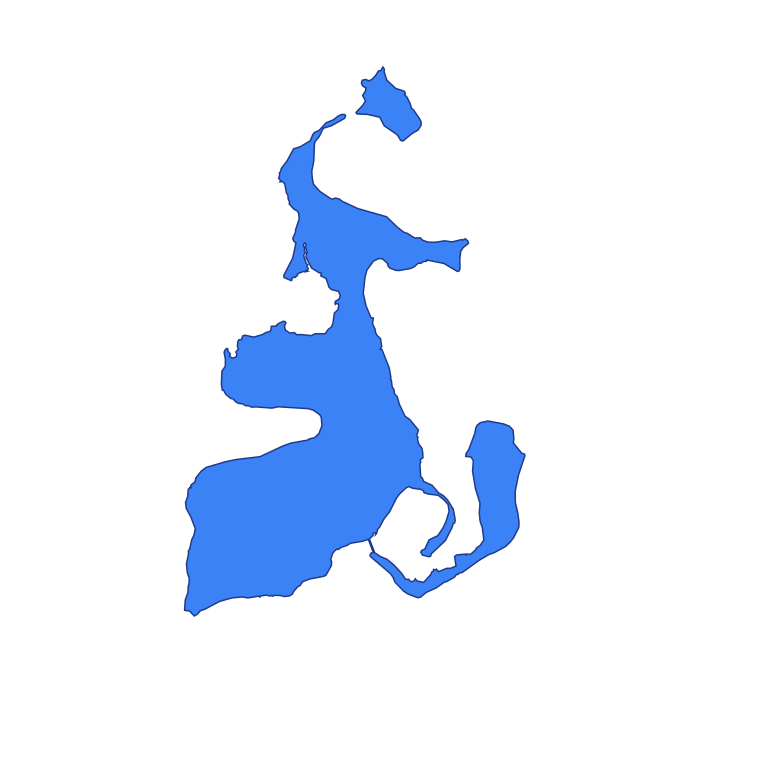 outline of Pangaimotu, Vava'u, Tonga, rotated 204°
{"feature_id": "48082658B58897341989636", "entity_name": "Pangaimotu", "entity_type": "district", "adm_level": 2, "iso_a3": "TON", "parent_name": "Tonga", "parent_adm1": "Vava'u", "projection": "albers", "projection_center": [-174.001, -18.686], "detail": "fine", "context": "isolated", "style": "filled", "palette": "blue", "viewbox_px": 768, "rotation_deg": 204, "n_neighbors": 0, "source": "geoboundaries", "source_scale": "gbopen_adm2", "svg_char_len": 6168}
<svg xmlns="http://www.w3.org/2000/svg" viewBox="0 0 768 768"><g transform="rotate(204 384 384)"><path d="M271.2,350.3L267.6,340.3L258.0,325.8L247.7,313.9L244.6,305.1L240.3,297.6L235.7,292.7L229.3,282.0L230.5,275.7L233.0,271.6L232.7,270.0L235.3,264.3L236.5,263.1L239.5,262.3L239.6,261.1L241.1,261.4L248.2,257.3L249.4,255.2L244.2,247.0L248.1,242.8L251.9,241.0L257.8,234.7L260.8,236.2L261.8,234.9L263.3,234.8L262.8,233.3L263.9,231.6L263.7,229.1L267.1,218.9L274.0,217.5L276.1,218.8L276.6,216.4L278.1,214.6L280.2,214.6L281.9,215.7L284.7,214.3L290.3,217.9L301.4,222.7L310.0,225.1L316.9,224.9L323.9,226.1L334.4,236.6L332.4,241.0L333.2,242.6L332.1,244.5L331.0,244.4L330.5,242.8L330.0,244.4L330.7,248.8L329.8,251.2L329.2,260.3L326.9,269.7L326.2,284.8L325.1,289.7L321.6,298.0L319.5,300.5L315.7,300.4L306.9,302.8L304.3,302.3L303.3,301.0L298.7,301.5L289.3,304.4L281.4,302.3L276.5,300.0L272.7,294.1L271.4,283.3L271.6,276.0L273.2,267.3L279.4,260.0L279.6,249.7L281.9,247.3L282.0,245.3L279.3,243.4L272.6,244.5L271.4,245.7L271.7,248.1L264.2,266.0L263.5,280.5L264.0,285.0L263.0,285.7L263.3,288.0L265.3,291.3L269.9,297.9L278.9,304.0L284.4,306.1L289.9,306.8L298.9,311.0L308.0,311.1L311.0,313.8L312.7,314.1L318.5,325.2L318.7,327.6L320.1,329.7L318.4,332.4L320.8,337.2L323.2,340.7L328.1,343.5L330.9,347.0L331.2,349.1L333.1,349.8L333.8,355.9L345.9,362.0L351.7,363.1L361.9,371.9L366.5,377.6L370.3,379.3L373.0,383.3L375.3,384.6L379.0,390.7L380.4,391.6L380.4,392.9L385.7,400.7L399.8,414.6L401.7,414.2L401.2,417.0L405.6,424.0L409.8,425.4L412.6,427.5L414.3,430.3L419.0,434.4L420.6,439.9L422.9,439.3L432.1,448.0L439.9,458.5L444.7,473.6L446.0,481.1L443.6,492.0L439.8,496.5L436.3,497.7L429.2,495.4L428.9,493.9L426.0,492.3L419.7,492.6L416.5,493.7L406.9,500.2L404.1,503.3L401.9,508.2L399.4,509.3L397.9,511.8L395.1,513.5L395.3,514.7L378.3,518.5L362.6,516.7L361.4,517.8L361.4,520.0L365.8,529.6L367.9,536.5L367.1,541.0L364.0,546.8L365.5,548.7L368.7,549.8L370.8,547.4L372.0,547.4L379.6,541.5L387.0,539.4L394.3,534.6L401.2,531.6L407.1,531.0L410.3,532.3L415.6,529.8L423.8,531.1L427.7,530.7L435.7,532.7L449.6,537.8L479.4,533.6L496.6,533.9L500.2,534.8L504.0,534.1L506.2,531.9L508.7,531.7L521.1,533.9L529.8,537.9L533.5,543.3L536.5,548.9L538.9,559.3L545.2,575.0L545.5,577.5L543.8,584.0L543.5,592.9L537.0,598.6L528.0,610.7L528.2,613.5L529.7,614.2L532.6,612.8L535.0,609.9L537.4,605.1L543.2,599.0L546.4,589.3L549.6,585.8L550.5,583.1L550.3,576.3L556.9,566.8L562.2,562.2L563.3,548.7L565.5,539.0L564.8,536.1L565.4,534.6L564.1,531.5L564.0,529.1L560.8,527.6L561.2,526.5L558.8,527.7L556.1,526.5L550.9,518.9L548.8,517.6L546.3,513.4L544.5,512.3L543.8,509.9L537.5,507.1L533.5,506.8L531.4,505.2L528.6,500.3L527.5,489.1L526.6,486.4L526.6,479.8L524.6,477.9L521.8,477.0L518.6,461.9L519.7,442.3L518.6,440.6L510.7,440.7L510.4,441.7L511.3,442.8L509.8,445.0L508.7,445.0L507.2,448.1L507.9,449.5L503.3,454.1L501.7,454.3L499.5,456.1L501.3,456.0L500.3,457.1L500.2,458.7L502.3,459.9L502.0,461.8L504.3,462.7L509.3,468.3L509.8,469.4L509.2,472.2L511.2,473.6L511.5,475.7L514.0,477.8L514.2,479.9L513.5,480.8L511.6,479.3L511.7,477.2L508.0,473.5L507.1,468.8L506.1,467.4L497.3,460.5L488.6,459.2L486.2,459.9L485.8,457.1L479.8,456.8L473.5,450.0L470.5,448.9L463.1,450.1L459.8,446.8L459.6,443.1L462.0,439.9L461.8,438.2L460.9,437.0L460.4,438.1L458.4,438.5L457.5,437.7L456.2,433.2L458.2,428.7L455.3,418.7L455.3,414.6L457.3,410.9L458.2,406.0L467.4,401.9L470.0,398.7L480.3,395.3L483.6,393.5L486.8,394.5L490.8,392.2L496.0,393.2L498.5,396.4L498.5,400.0L500.0,400.8L501.5,400.3L504.5,397.0L506.0,394.4L505.8,393.2L510.4,390.9L509.2,387.0L510.5,384.5L512.1,383.8L515.5,379.4L522.0,373.9L530.9,372.0L532.7,370.3L532.1,366.7L534.6,365.4L534.8,363.3L533.2,358.7L531.2,356.4L532.4,353.0L530.3,351.0L530.2,348.5L532.9,346.0L536.1,346.2L536.6,348.8L540.3,350.9L540.9,352.5L542.3,352.4L543.0,350.5L543.0,348.0L538.9,342.0L536.2,335.6L537.3,329.8L532.4,317.5L529.2,312.6L528.2,313.1L524.1,310.1L518.0,308.5L515.7,309.0L511.9,307.3L508.9,307.2L505.0,308.4L501.3,307.9L499.0,309.1L495.5,309.0L491.9,310.9L476.6,316.4L471.3,320.2L442.8,330.8L437.9,331.3L430.2,329.8L427.8,328.0L423.7,320.7L423.3,312.2L425.6,306.8L429.7,303.6L431.2,301.5L444.7,292.4L451.2,286.2L467.8,267.1L488.5,254.8L497.7,248.1L512.5,235.5L515.6,229.9L517.6,221.8L516.9,217.6L519.1,213.6L519.1,211.9L518.0,210.7L519.4,210.2L520.0,208.2L517.5,201.1L517.2,195.2L514.1,190.0L506.2,183.8L497.6,175.2L496.1,168.5L496.3,163.5L494.5,154.9L494.7,151.5L493.5,149.4L491.3,139.3L486.9,131.6L483.0,127.4L481.2,123.2L480.5,119.4L478.3,113.8L477.7,105.8L474.1,96.1L469.3,97.5L462.9,94.9L460.8,97.9L459.6,102.0L455.8,105.7L446.0,118.3L436.0,126.7L427.1,131.7L421.4,133.2L411.8,139.4L410.7,138.8L410.2,140.4L405.8,143.2L402.6,143.7L400.9,145.0L399.7,144.7L398.1,146.4L392.8,148.6L388.4,149.4L383.9,152.2L382.2,155.0L382.1,157.9L380.2,164.1L378.8,165.6L377.9,170.3L372.6,175.6L360.9,183.7L359.3,185.6L358.2,196.8L359.8,200.7L361.3,202.0L362.0,208.5L361.1,211.7L359.4,214.6L358.2,214.4L356.7,217.4L352.3,221.3L349.8,224.9L339.8,231.5L335.1,235.7L325.2,225.7L326.6,224.9L327.2,222.9L326.9,221.3L325.4,220.6L300.7,213.3L296.8,210.8L293.4,207.5L281.6,202.7L277.1,201.9L266.1,202.5L263.8,204.3L260.7,210.7L253.0,219.5L248.3,227.6L246.6,228.8L241.1,236.1L240.3,239.6L238.9,240.1L238.3,242.0L235.9,243.6L225.4,261.6L218.7,271.0L214.8,274.6L206.8,285.1L204.4,290.9L203.1,296.1L202.5,307.7L204.3,312.4L209.1,320.3L215.9,329.3L220.5,339.4L224.1,355.5L226.1,375.8L227.1,377.1L230.1,376.8L241.9,382.8L243.1,386.8L247.3,394.3L252.2,396.4L258.3,396.2L273.9,392.5L280.2,387.9L282.2,384.2L282.2,380.8L281.0,376.3L279.9,358.7L280.7,353.8L279.9,351.1L274.8,352.7L271.2,350.3ZM518.7,619.7L508.7,623.6L496.3,626.0L488.7,619.9L475.8,617.6L472.6,616.7L468.0,613.4L465.5,613.7L460.4,624.0L456.1,629.9L455.4,635.9L456.8,638.6L459.1,640.6L468.3,646.3L471.2,647.2L474.2,650.9L479.9,655.5L483.0,656.8L482.6,658.0L484.4,659.7L493.6,658.8L504.9,662.7L510.8,669.1L511.7,671.7L513.9,673.1L514.5,668.8L516.4,667.8L517.1,662.4L518.8,657.6L520.9,654.9L524.8,654.7L527.4,652.6L527.1,649.8L524.7,647.5L521.1,647.2L520.1,644.1L520.9,638.9L516.1,635.1L516.7,630.3L520.0,620.7L518.7,619.7Z" fill="#3b82f6" stroke="#1e3a8a" stroke-width="1.5"/></g></svg>